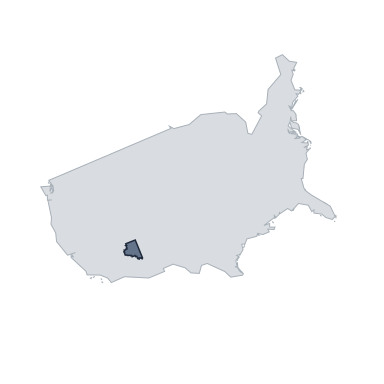 Coconino, Arizona, United States of America (highlighted), rotated 339°
{"feature_id": "52423323B62960071172507", "entity_name": "Coconino", "entity_type": "district", "adm_level": 2, "iso_a3": "USA", "parent_name": "United States of America", "parent_adm1": "Arizona", "projection": "albers", "projection_center": [-112.498, 35.631], "detail": "fine", "context": "in_parent", "style": "filled", "palette": "slate", "viewbox_px": 384, "rotation_deg": 339, "n_neighbors": 0, "source": "geoboundaries", "source_scale": "gbopen_adm2", "svg_char_len": 5640}
<svg xmlns="http://www.w3.org/2000/svg" viewBox="0 0 384 384"><g transform="rotate(339 192 192)"><path d="M299.8,123.5L317.0,114.2L318.0,96.9L325.6,96.2L329.7,104.7L336.2,108.5L330.5,113.8L330.8,115.5L328.8,114.1L328.7,118.3L324.5,123.1L324.6,133.4L329.3,135.7L331.2,134.3L329.9,132.9L330.9,133.4L331.9,135.1L326.5,139.0L324.5,137.6L325.1,140.5L318.4,144.1L314.6,149.8L314.4,147.6L313.4,146.5L313.8,151.8L315.6,152.1L316.8,156.3L315.2,162.9L310.2,161.2L311.2,157.1L309.5,160.4L311.9,163.6L314.3,165.0L315.5,167.2L314.1,177.5L313.5,171.6L308.0,168.0L308.4,161.8L305.4,164.8L309.6,172.1L305.2,171.1L304.1,171.8L304.3,168.9L304.0,168.2L303.5,170.6L304.1,172.2L310.5,173.3L309.8,175.1L306.4,173.3L305.4,173.1L309.6,175.3L311.1,175.5L311.1,177.7L308.9,176.8L312.5,178.9L312.1,179.5L310.3,178.4L306.7,179.0L311.9,180.3L314.4,179.2L319.7,185.5L315.3,180.8L317.4,184.1L312.2,185.2L317.1,187.5L318.4,185.8L317.5,189.9L312.3,190.5L315.8,191.1L314.0,193.7L317.3,193.8L312.3,196.6L311.4,202.9L306.9,206.2L300.4,219.2L298.8,218.5L297.9,228.7L298.3,231.0L302.1,237.2L316.0,254.8L316.9,266.1L313.2,268.0L307.6,263.6L305.4,259.2L298.3,255.4L299.4,252.4L296.8,253.3L295.8,246.0L287.4,240.9L278.2,245.4L275.4,241.7L265.8,243.9L266.6,242.0L265.3,244.1L261.2,245.9L260.4,242.7L260.2,245.2L247.2,249.0L253.2,249.2L251.9,252.6L256.9,254.5L255.1,256.5L249.4,253.8L249.8,256.9L242.9,257.1L238.5,254.1L236.6,256.5L226.5,255.5L221.6,260.7L222.9,259.3L219.6,258.7L219.0,264.1L213.6,268.5L214.9,267.2L210.9,267.4L212.5,268.9L208.3,271.8L207.4,277.7L205.2,277.2L207.2,278.4L208.4,283.6L210.7,286.5L209.5,287.8L197.7,285.4L194.2,278.1L180.6,264.2L174.6,263.9L169.6,270.6L162.1,267.2L158.4,260.3L148.5,252.6L137.8,253.1L138.0,256.3L120.8,256.8L98.6,246.9L84.2,247.6L82.4,242.1L76.6,236.7L64.4,231.8L64.6,228.0L55.7,209.9L56.2,208.1L58.1,210.6L57.1,206.7L61.5,206.8L53.2,206.4L47.8,189.7L50.1,181.4L48.8,171.6L51.6,165.7L54.5,148.2L58.3,149.1L54.1,147.8L55.8,143.2L54.3,143.1L52.7,133.0L61.9,135.7L59.6,140.7L62.9,137.3L62.3,141.6L60.0,142.4L61.5,142.8L63.4,141.2L64.4,136.8L62.5,129.8L195.0,125.1L194.5,122.5L197.8,126.3L213.5,128.0L228.0,122.9L251.3,129.1L253.1,131.9L261.5,134.7L267.2,146.0L265.2,157.2L268.5,159.6L284.3,145.9L282.1,141.8L283.4,140.4L293.2,136.5L299.8,123.5ZM321.3,145.2L324.1,143.4L314.7,150.6L322.0,143.6L321.3,145.2ZM62.8,134.1L63.8,136.9L63.7,137.4L62.1,135.1L62.8,134.1ZM210.4,285.6L208.2,281.2L207.9,278.6L208.5,281.3L210.4,285.6ZM331.3,113.8L331.9,115.1L331.3,115.1L331.3,113.8ZM238.9,255.4L239.4,256.4L238.1,255.8L238.9,255.4ZM68.9,236.5L70.4,236.0L70.5,236.2L68.9,236.5ZM67.4,236.0L66.8,236.7L66.3,236.0L67.4,236.0ZM329.3,138.0L328.8,139.2L328.5,139.1L329.3,138.0ZM208.4,276.1L207.9,278.3L209.3,273.9L208.4,276.1ZM311.6,248.9L314.3,252.4L311.3,248.6L311.6,248.9ZM76.1,240.5L76.6,241.7L76.0,240.6L76.1,240.5ZM317.7,266.5L316.9,268.2L318.0,264.9L317.7,266.5ZM321.0,187.8L320.4,189.7L320.0,185.7L321.0,187.8ZM61.7,131.7L61.7,132.5L61.2,132.1L61.7,131.7ZM212.7,269.7L210.7,271.0L212.7,269.4L212.7,269.7ZM332.2,137.1L332.6,138.1L331.6,138.3L332.2,137.1ZM75.8,243.6L76.3,245.0L75.6,243.8L75.8,243.6ZM210.3,271.9L209.6,272.5L210.2,271.6L210.3,271.9ZM315.6,169.1L315.2,171.6L315.5,168.2L315.6,169.1ZM221.2,261.7L219.9,262.7L221.7,261.0L221.2,261.7ZM298.5,229.6L298.8,231.4L298.3,230.3L298.5,229.6ZM317.9,193.9L317.6,194.4L318.3,192.7L317.9,193.9ZM281.6,244.0L280.2,245.3L279.5,245.3L281.6,244.0ZM260.5,245.8L260.3,246.1L259.3,246.3L260.5,245.8ZM303.7,259.9L304.3,261.0L303.3,259.7L303.7,259.9ZM256.9,249.2L256.9,250.3L256.4,248.4L256.9,249.2ZM314.9,270.5L314.0,270.9L315.2,270.2L314.9,270.5ZM316.8,157.1L316.6,158.4L316.7,156.6L316.8,157.1ZM319.6,190.4L319.2,191.0L319.6,190.4Z" fill="#d9dde1" stroke="#a8b0b8" stroke-width="1"/><path d="M107.1,227.0L107.3,227.0L107.5,227.0L107.8,227.2L108.0,227.2L108.1,227.3L108.5,227.6L109.2,228.0L109.3,228.3L109.7,228.4L110.2,228.5L110.4,228.6L110.5,228.6L110.8,228.6L111.0,228.7L111.2,228.8L111.3,228.9L111.5,229.1L111.9,229.1L112.1,229.1L112.3,228.9L112.2,229.2L112.2,229.7L112.9,229.7L112.9,231.0L114.7,231.0L114.8,231.0L115.9,230.9L116.1,230.9L116.1,232.1L116.7,232.2L117.4,232.2L117.4,233.3L117.4,234.3L117.4,234.5L117.5,234.6L117.6,234.3L117.7,234.5L117.8,234.6L117.7,234.7L117.7,234.8L117.8,234.8L118.0,234.8L117.9,234.9L118.0,235.0L118.0,234.8L118.1,234.7L118.3,234.7L118.3,234.8L118.2,234.8L118.2,235.0L118.4,235.2L118.4,234.8L118.5,234.7L118.6,234.8L118.8,234.8L119.2,234.7L119.3,234.8L119.5,234.9L119.8,235.0L120.0,235.1L120.5,235.2L120.4,235.3L120.5,235.4L120.5,235.2L120.7,235.3L120.8,235.4L120.9,235.6L121.0,235.6L121.3,235.7L121.4,235.9L121.6,235.9L121.8,235.8L121.6,235.6L121.8,235.7L122.0,235.7L122.1,235.8L122.1,236.0L122.2,235.9L121.8,216.5L120.0,216.5L119.7,216.5L119.0,216.5L118.8,216.5L118.1,216.5L111.7,216.6L111.7,216.8L111.7,217.0L111.5,217.4L111.5,217.5L111.4,217.6L111.4,217.8L111.3,218.0L111.2,218.1L111.3,218.2L111.2,218.2L111.2,218.3L111.3,218.3L111.2,218.3L111.3,218.4L111.2,218.4L111.3,218.4L111.3,218.5L111.2,218.5L111.2,218.4L111.2,218.5L111.2,218.8L111.1,219.0L111.2,219.3L111.2,219.5L111.0,219.8L111.0,220.0L111.2,220.3L111.1,220.5L111.2,220.8L111.1,221.0L110.9,221.2L110.9,221.3L110.8,221.2L110.7,221.2L110.6,221.3L110.4,221.4L110.4,221.5L110.2,221.7L109.9,221.7L109.7,221.7L109.7,221.8L109.4,221.9L109.4,222.0L109.2,222.0L108.9,222.0L108.7,222.2L108.6,222.3L108.4,222.4L108.3,222.5L108.2,222.5L108.1,222.4L108.1,222.5L107.9,222.6L107.9,222.8L107.8,223.0L107.7,223.0L107.4,223.0L107.2,223.0L107.0,223.3L107.0,223.5L107.1,223.8L107.2,224.0L107.1,224.3L107.3,224.5L107.2,224.6L107.1,224.8L107.1,225.0L107.1,227.0Z" fill="#64748b" stroke="#1e293b" stroke-width="1.5"/></g></svg>